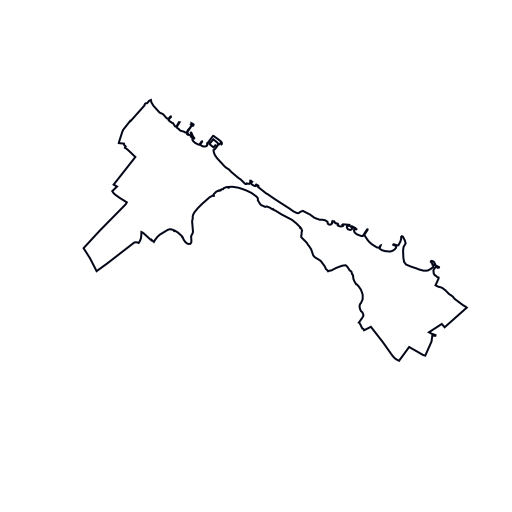 Eforie, Constanta, Romania, rotated 318°
{"feature_id": "2599482B71330041260785", "entity_name": "Eforie", "entity_type": "district", "adm_level": 2, "iso_a3": "ROU", "parent_name": "Romania", "parent_adm1": "Constanta", "projection": "natural_earth1", "projection_center": [28.643, 44.044], "detail": "fine", "context": "isolated", "style": "outline", "palette": "ink", "viewbox_px": 512, "rotation_deg": 318, "n_neighbors": 0, "source": "geoboundaries", "source_scale": "gbopen_adm2", "svg_char_len": 6131}
<svg xmlns="http://www.w3.org/2000/svg" viewBox="0 0 512 512"><g transform="rotate(318 256 256)"><path d="M282.3,69.7L280.1,69.1L279.6,69.3L277.3,69.6L276.4,68.8L275.2,68.7L274.4,69.0L274.0,69.5L253.1,71.8L253.0,71.4L242.0,73.3L239.8,74.2L230.7,79.5L229.6,80.3L233.1,84.2L232.3,85.2L232.5,87.3L231.0,87.8L231.5,89.5L231.8,91.5L232.6,101.7L198.0,107.7L199.2,111.4L192.6,111.6L192.2,114.0L192.5,116.7L193.6,121.6L195.9,129.7L193.7,130.4L156.9,132.6L133.1,134.8L131.1,146.7L127.4,160.6L140.7,162.0L174.4,164.5L175.8,165.3L176.8,166.4L177.5,167.8L180.2,167.0L182.4,165.8L184.5,164.0L186.9,161.5L187.6,163.2L188.7,174.2L189.2,174.0L189.5,177.2L192.2,176.4L195.6,175.8L199.0,175.8L207.8,177.5L209.5,178.2L210.9,179.5L212.4,182.3L211.9,182.6L212.1,183.0L212.6,183.0L212.9,183.7L213.6,186.0L214.1,190.1L214.2,192.0L214.0,193.0L213.8,193.0L213.9,193.5L213.7,194.2L213.2,195.2L212.8,198.4L213.0,199.6L213.2,200.7L213.9,201.9L215.3,203.0L216.9,202.6L217.9,201.8L221.0,197.9L224.5,196.5L225.5,195.7L231.7,187.5L234.0,185.8L235.6,184.1L237.3,183.1L239.6,182.3L245.0,181.5L250.8,181.2L260.7,181.3L264.3,182.1L264.7,182.3L264.6,182.9L265.0,183.1L265.5,182.0L265.9,181.8L269.5,181.6L272.2,182.4L272.1,182.8L273.7,183.6L274.0,183.2L275.2,183.5L276.3,184.3L277.4,184.0L280.3,185.1L281.6,186.2L281.2,186.8L281.5,187.0L281.8,186.6L282.3,186.8L283.5,187.6L284.8,188.8L288.5,193.3L291.2,198.0L292.7,200.9L294.8,206.0L296.1,211.9L296.1,213.6L295.9,214.5L294.7,215.8L293.9,219.6L293.9,221.8L294.6,223.1L295.7,225.7L297.0,226.2L298.6,229.2L299.4,232.2L300.1,232.4L300.1,232.8L299.8,232.9L301.0,235.9L302.8,242.2L306.9,253.1L307.8,258.7L308.1,264.1L307.6,264.5L307.6,264.8L308.0,265.1L308.0,265.7L307.2,268.0L306.0,268.7L304.0,270.7L303.2,271.1L302.2,272.5L302.6,280.1L302.1,282.6L302.1,283.7L301.5,287.9L298.9,293.9L298.9,296.3L300.6,302.0L300.8,303.1L300.2,309.6L299.2,312.7L299.5,314.1L299.3,315.6L301.0,316.2L301.9,317.0L308.1,318.7L313.6,320.9L316.4,322.8L316.7,325.0L316.0,329.5L316.4,331.1L316.3,331.8L315.2,333.9L315.4,334.6L315.1,335.3L313.0,338.3L312.1,341.0L311.5,344.1L312.0,344.9L311.9,347.8L311.4,351.3L309.9,355.1L309.0,356.6L306.2,359.6L302.5,361.2L301.6,361.2L299.7,362.2L298.7,363.5L297.9,364.9L297.1,367.2L297.4,369.1L296.4,371.6L295.7,372.3L293.8,373.0L287.9,374.3L288.1,374.8L287.7,376.8L286.5,380.9L287.0,382.0L286.6,383.5L294.0,385.5L292.6,404.9L290.7,421.1L290.7,424.9L291.2,427.0L292.2,429.6L308.9,426.1L313.9,441.3L315.1,443.3L329.2,437.0L333.7,433.2L335.9,435.3L336.5,434.9L334.6,431.4L333.5,428.4L348.6,430.8L348.5,435.2L378.1,435.4L377.9,434.1L376.9,430.9L375.1,421.8L374.9,419.8L375.1,418.1L374.9,416.7L374.0,413.4L373.8,408.3L373.1,404.5L372.5,403.1L370.9,400.8L369.8,397.9L376.6,394.9L377.3,394.2L376.6,392.9L376.4,390.8L376.0,389.9L376.4,387.9L378.3,385.3L380.6,384.6L382.1,384.6L382.9,385.0L383.2,386.5L384.2,387.0L384.6,386.7L383.6,384.3L383.1,383.7L384.2,380.0L384.2,378.8L383.3,377.1L382.9,376.9L382.0,377.3L382.0,379.3L381.3,380.6L382.2,381.4L382.2,381.8L380.0,382.7L377.6,382.6L374.0,381.7L373.1,381.2L370.7,379.0L368.2,375.2L367.0,372.7L364.1,367.6L361.8,362.8L362.1,359.5L364.2,356.1L365.9,354.0L369.1,350.2L371.8,348.0L375.7,346.7L377.0,344.1L378.1,339.9L377.7,338.9L376.5,339.0L375.5,340.3L372.9,341.9L369.0,343.3L368.2,342.8L366.2,339.4L365.7,339.3L365.4,339.8L366.8,342.0L366.9,342.5L365.4,343.6L363.3,343.9L361.0,343.5L359.1,342.7L358.3,342.1L355.4,339.0L353.5,336.0L352.8,333.5L353.0,333.0L355.6,331.6L355.3,331.5L353.0,332.4L351.6,330.5L350.0,325.0L349.6,321.8L349.6,319.3L350.5,312.8L356.5,311.2L356.7,310.8L356.3,310.6L348.7,312.6L347.6,311.6L345.6,307.7L345.1,305.7L345.1,304.4L345.7,302.8L346.9,301.9L347.3,301.9L347.7,302.1L348.1,303.2L348.6,303.2L348.5,301.5L347.1,297.9L346.5,297.8L346.1,298.2L346.5,299.0L346.6,299.6L346.4,299.8L345.0,300.2L343.8,299.9L343.2,299.4L342.2,297.5L342.5,295.9L343.2,294.9L344.2,294.9L345.6,296.1L346.3,295.7L346.3,295.4L341.9,290.7L341.1,290.6L341.0,291.1L341.2,291.7L340.8,291.9L339.5,291.4L338.2,290.1L337.5,288.9L337.2,287.9L337.4,287.6L337.6,287.9L338.1,287.7L338.4,286.8L337.8,285.7L336.9,284.8L337.3,282.7L336.6,282.4L336.6,282.0L336.1,281.9L336.0,281.3L335.6,281.5L335.7,282.0L334.5,282.3L334.5,282.6L333.3,282.8L332.1,282.4L331.4,281.7L331.0,280.1L332.0,278.4L331.3,275.7L329.6,273.5L327.7,271.8L325.7,268.2L324.9,266.3L323.9,261.4L321.0,253.8L318.3,252.8L316.5,252.7L315.6,252.1L314.8,250.7L313.7,248.0L312.5,242.7L308.0,226.2L306.0,217.8L305.4,216.1L303.7,205.8L304.0,205.3L304.7,205.4L304.7,205.0L304.0,203.0L303.7,203.0L303.3,203.9L302.4,203.7L301.6,202.6L300.9,200.6L300.8,199.1L301.1,198.2L301.7,197.9L302.0,198.3L302.8,198.3L302.6,196.7L302.1,196.2L301.7,196.6L301.6,197.2L301.5,197.3L299.4,197.9L297.9,196.5L297.8,195.9L296.7,195.9L296.2,195.1L295.8,188.7L295.1,186.0L293.9,177.3L293.8,173.6L292.8,170.0L292.6,167.9L292.5,157.7L292.8,154.6L293.4,152.2L294.5,149.9L295.3,148.9L296.6,149.1L299.5,148.7L300.6,148.4L300.6,148.1L300.1,147.2L299.9,146.5L297.1,146.8L296.3,141.6L302.4,140.8L303.2,146.2L302.3,147.8L302.4,148.0L302.7,148.4L304.3,148.2L305.1,148.4L305.0,149.9L305.6,149.9L306.3,149.2L306.6,147.6L306.1,144.5L304.8,138.3L304.5,138.0L296.1,139.6L295.5,139.4L294.7,139.9L293.6,141.2L292.0,140.9L290.9,140.1L289.9,139.0L289.5,138.1L289.0,136.0L289.1,135.7L292.4,135.1L292.6,134.7L292.2,134.5L288.3,135.4L287.5,134.1L286.4,131.1L286.2,128.5L286.5,127.2L286.8,126.7L288.1,126.4L288.5,127.2L289.0,127.1L289.2,125.0L290.5,121.0L290.1,120.7L289.8,120.9L288.5,125.7L287.4,126.2L287.7,125.3L287.5,123.9L288.0,121.9L286.5,120.4L286.3,119.4L286.5,119.1L286.8,118.9L287.0,119.3L287.4,119.2L287.2,118.3L287.4,118.1L295.9,116.0L296.2,117.0L296.7,117.1L297.6,116.5L297.6,116.0L296.9,114.1L296.6,114.5L295.6,114.7L295.9,115.8L291.8,116.7L290.2,116.8L286.8,117.8L286.1,116.9L285.5,115.1L284.1,113.0L283.7,112.1L283.5,111.1L283.6,110.2L283.1,108.3L283.3,107.1L288.7,105.5L288.3,105.0L283.7,106.5L283.1,106.5L282.6,105.6L283.2,101.5L282.7,100.8L282.0,98.1L282.0,96.4L282.2,96.1L285.9,95.8L286.1,95.3L285.9,95.1L285.4,95.1L282.7,95.5L282.4,95.2L281.8,93.8L281.8,88.3L280.3,84.9L280.3,76.0L281.0,72.0L282.3,69.7Z" fill="none" stroke="#020617" stroke-width="2"/></g></svg>